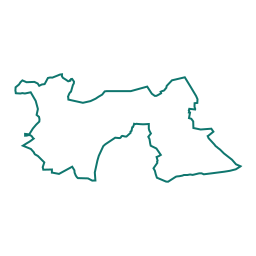 Albasu, Kano, Nigeria (orthographic projection)
{"feature_id": "59680162B46612932493253", "entity_name": "Albasu", "entity_type": "district", "adm_level": 2, "iso_a3": "NGA", "parent_name": "Nigeria", "parent_adm1": "Kano", "projection": "orthographic", "projection_center": [9.092, 11.645], "detail": "fine", "context": "isolated", "style": "outline", "palette": "teal", "viewbox_px": 256, "rotation_deg": 0, "n_neighbors": 0, "source": "geoboundaries", "source_scale": "gbopen_adm2", "svg_char_len": 2893}
<svg xmlns="http://www.w3.org/2000/svg" viewBox="0 0 256 256"><path d="M240.6,166.3L236.0,164.3L232.0,159.7L223.9,153.4L220.1,149.6L217.6,147.7L217.0,147.1L215.6,146.1L214.4,144.5L208.6,138.2L207.7,136.1L208.4,135.7L213.4,131.7L211.3,128.7L200.6,129.5L193.4,128.0L193.2,121.4L191.3,118.8L189.0,118.1L190.0,112.7L188.9,112.5L189.3,111.1L188.8,110.5L189.3,108.8L190.9,109.0L194.2,109.4L195.1,109.5L195.2,109.0L194.6,107.1L194.5,106.5L194.6,103.2L197.3,102.9L197.5,99.2L196.1,96.0L190.6,86.8L184.8,77.3L175.5,79.5L172.0,80.3L166.7,85.9L166.3,87.8L166.0,88.1L165.8,88.5L165.6,88.7L165.4,88.8L164.7,89.7L164.4,90.2L163.6,90.7L163.1,90.8L162.1,91.1L160.6,91.8L160.8,92.3L161.1,93.3L158.4,94.8L156.5,95.8L155.7,95.9L154.8,95.9L151.8,93.7L147.2,86.6L130.9,91.1L106.8,91.1L104.7,91.4L102.2,94.6L98.6,96.7L95.6,98.7L90.5,101.1L82.9,102.8L68.4,99.6L68.2,97.3L68.1,97.0L68.0,96.7L68.3,96.0L68.6,95.4L68.9,94.3L69.3,93.7L69.5,93.3L69.9,92.6L70.3,92.3L70.3,92.2L70.7,91.9L71.0,91.6L72.9,85.0L73.8,83.5L73.9,82.4L74.0,81.7L73.7,81.2L72.1,78.9L71.1,79.0L70.9,79.3L70.8,79.8L70.5,80.1L70.0,80.2L70.1,80.8L68.9,81.1L68.2,81.3L67.2,80.6L65.9,79.7L62.9,77.8L61.9,76.2L62.0,74.3L59.8,74.6L58.2,75.3L52.4,77.6L50.1,77.5L47.9,78.0L46.1,81.4L44.6,84.1L41.8,84.5L39.2,85.8L37.7,83.5L34.4,81.9L26.5,82.2L22.4,80.4L20.5,82.2L19.0,84.5L15.6,87.3L15.4,90.8L15.7,91.9L15.7,92.2L15.7,92.5L15.8,93.2L16.6,93.3L20.5,93.5L22.3,93.1L24.9,93.5L30.7,92.3L35.7,100.9L37.9,109.0L36.6,114.9L39.0,116.9L39.5,119.3L39.3,121.6L36.2,124.6L32.9,128.5L29.2,134.4L28.5,134.7L27.7,134.6L27.8,134.2L25.1,133.9L25.1,135.7L27.0,135.6L27.8,135.1L28.5,135.2L29.5,135.1L30.1,135.2L30.5,135.3L30.9,135.6L31.4,136.0L31.8,136.3L32.1,136.7L32.8,137.8L33.7,138.6L30.9,140.7L29.1,141.9L26.9,143.2L22.9,145.7L30.9,149.0L34.0,152.5L34.1,153.1L34.9,154.3L37.9,156.0L40.5,158.6L44.3,162.4L42.7,167.2L42.8,167.4L43.3,169.7L51.9,169.5L51.9,172.6L52.1,172.6L59.0,173.9L72.2,166.7L74.4,170.3L74.6,172.7L75.8,175.6L76.9,177.2L77.9,178.1L88.0,178.4L92.2,180.6L95.4,180.5L94.8,172.5L97.4,160.6L98.8,155.8L103.3,146.1L105.3,144.3L115.2,137.7L119.3,138.1L120.3,137.9L120.7,137.5L121.1,137.0L121.3,136.6L121.6,136.2L122.0,136.0L122.5,135.9L125.0,136.5L126.5,136.5L130.6,132.8L130.5,131.6L131.6,130.8L131.8,129.2L132.1,128.1L132.2,127.3L133.0,127.0L133.4,126.0L133.8,125.0L134.1,123.8L135.2,124.1L136.4,123.8L138.2,124.0L141.0,124.2L143.5,124.3L148.8,124.0L148.8,128.6L149.3,130.5L150.9,133.5L148.3,136.8L149.5,139.1L149.6,139.6L150.2,143.6L150.7,145.7L156.4,148.5L160.8,154.9L158.8,156.1L156.6,157.0L157.6,160.7L157.1,161.4L157.3,162.9L153.5,168.3L154.9,170.8L155.7,174.1L156.9,177.7L166.1,181.6L168.1,181.7L175.9,176.7L177.1,176.4L179.4,176.2L182.4,175.6L183.9,175.0L187.4,175.0L190.1,174.5L192.7,174.9L199.3,173.3L201.5,173.3L203.8,174.3L211.8,173.3L224.3,171.7L229.9,170.8L235.8,169.3L240.5,166.4L240.6,166.3Z" fill="none" stroke="#0f766e" stroke-width="2"/></svg>